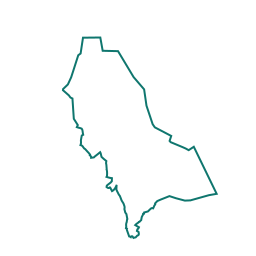 outline of Ekwusigo, Anambra, Nigeria, rotated 153°
{"feature_id": "59680162B99060674505372", "entity_name": "Ekwusigo", "entity_type": "district", "adm_level": 2, "iso_a3": "NGA", "parent_name": "Nigeria", "parent_adm1": "Anambra", "projection": "equal_earth", "projection_center": [6.858, 5.982], "detail": "fine", "context": "isolated", "style": "outline", "palette": "teal", "viewbox_px": 256, "rotation_deg": 153, "n_neighbors": 0, "source": "geoboundaries", "source_scale": "gbopen_adm2", "svg_char_len": 2393}
<svg xmlns="http://www.w3.org/2000/svg" viewBox="0 0 256 256"><g transform="rotate(153 128 128)"><path d="M78.9,29.1L77.9,81.4L84.0,80.7L85.9,83.5L87.9,86.0L96.4,96.0L96.8,97.6L93.1,101.3L103.8,116.4L104.3,120.2L101.4,139.5L96.1,155.1L99.9,170.8L102.0,201.0L115.5,208.3L111.6,221.2L127.1,228.9L136.4,215.9L139.3,215.4L151.0,203.6L155.7,198.9L161.8,194.1L168.1,192.2L168.8,191.2L165.8,183.7L165.7,182.6L165.4,181.2L164.1,179.5L168.3,169.7L172.1,160.8L171.4,153.4L173.2,152.0L171.9,150.7L170.9,149.9L169.6,148.5L169.5,147.3L169.8,146.1L170.0,145.5L170.6,143.8L171.0,142.3L172.6,142.3L175.5,138.5L176.7,135.9L178.1,134.3L177.3,133.7L176.7,132.2L176.7,131.8L176.6,131.4L176.6,131.1L176.5,130.7L176.4,130.2L176.4,129.9L176.3,129.6L176.1,129.3L175.7,128.6L174.8,125.2L174.4,123.9L174.1,122.4L174.0,122.1L173.9,121.6L173.9,121.4L174.4,121.0L174.1,120.4L173.9,119.3L174.4,118.2L171.7,117.3L170.5,117.7L166.9,118.4L163.8,119.1L163.8,118.8L163.8,118.0L164.7,114.3L163.7,111.6L162.3,108.4L163.5,106.7L164.0,105.0L165.7,100.9L165.9,100.8L166.0,100.1L166.5,98.6L167.4,96.7L168.4,95.0L168.7,94.6L169.3,94.2L168.0,92.9L167.0,92.0L165.1,90.6L166.6,87.9L168.1,87.3L170.2,86.9L172.3,86.5L173.1,86.2L173.9,85.2L173.3,84.0L172.5,83.3L172.1,83.2L171.1,83.3L170.9,82.7L170.9,79.0L170.3,79.0L168.5,79.4L166.5,80.4L164.5,81.9L164.4,81.8L166.0,79.0L166.3,78.3L166.4,77.2L166.4,74.1L166.4,72.8L166.1,71.2L166.3,69.0L166.6,66.3L166.3,62.8L166.7,59.8L167.3,58.3L168.0,57.5L168.8,53.9L168.5,52.0L169.1,50.0L169.9,47.2L170.2,47.1L172.0,44.6L172.7,44.0L173.4,43.0L173.8,42.3L174.2,41.2L174.5,40.7L175.3,39.7L174.7,38.9L175.0,38.7L175.3,37.5L176.2,30.9L175.6,30.4L175.1,29.5L174.9,29.7L174.5,29.9L174.1,29.9L173.5,29.7L173.2,29.3L173.0,27.6L172.8,27.6L171.7,27.3L170.8,27.1L170.5,27.2L169.7,27.5L168.7,27.9L168.0,27.8L167.3,27.9L166.9,28.1L166.6,28.5L166.3,29.0L166.1,29.5L165.8,30.7L166.1,31.2L166.5,31.8L166.8,32.2L166.4,32.8L166.2,32.9L165.3,33.6L164.9,33.6L164.4,33.8L163.9,34.1L163.3,34.6L164.3,36.1L165.6,38.2L164.7,38.5L164.1,38.7L162.8,38.9L162.0,39.0L161.3,39.2L161.0,39.4L160.3,39.2L159.0,39.7L158.1,39.9L156.2,42.4L154.1,43.9L153.5,44.7L152.6,44.4L152.0,45.4L148.1,44.6L145.7,45.4L143.7,45.9L142.8,45.7L142.1,45.0L140.9,45.9L139.9,46.8L139.0,47.3L138.4,47.6L138.1,48.5L135.1,49.6L131.6,49.4L122.0,48.5L117.1,43.6L110.3,37.5L105.3,35.2L86.4,31.4L78.9,29.1Z" fill="none" stroke="#0f766e" stroke-width="2"/></g></svg>